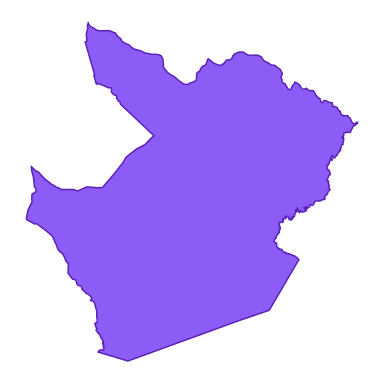 Chikankanta, Southern, Zambia (Natural Earth projection)
{"feature_id": "96606910B6098711564137", "entity_name": "Chikankanta", "entity_type": "district", "adm_level": 2, "iso_a3": "ZMB", "parent_name": "Zambia", "parent_adm1": "Southern", "projection": "natural_earth1", "projection_center": [28.303, -16.032], "detail": "fine", "context": "isolated", "style": "filled", "palette": "violet", "viewbox_px": 384, "rotation_deg": 0, "n_neighbors": 0, "source": "geoboundaries", "source_scale": "gbopen_adm2", "svg_char_len": 5900}
<svg xmlns="http://www.w3.org/2000/svg" viewBox="0 0 384 384"><path d="M357.6,122.3L356.9,122.3L354.6,123.6L353.5,123.6L352.5,123.1L350.1,118.2L349.1,117.8L347.9,115.8L346.9,115.6L345.5,115.9L344.0,115.5L343.5,116.0L342.7,115.3L341.6,115.0L341.0,114.1L340.2,111.3L338.3,110.2L337.1,107.4L335.5,107.0L334.7,106.5L332.7,106.4L332.3,102.9L329.0,102.3L325.4,100.4L323.9,100.8L322.5,102.5L322.1,102.7L321.5,102.3L320.6,101.1L320.0,98.7L318.2,97.8L316.1,95.4L314.5,92.7L314.1,91.6L313.3,90.6L309.2,90.6L306.3,88.3L305.4,89.1L304.6,88.9L302.6,89.3L300.8,87.2L300.2,85.6L297.1,83.0L295.1,82.1L291.9,86.8L291.2,89.1L289.8,89.7L288.5,89.1L287.8,88.6L285.1,83.8L283.3,83.2L282.0,81.3L281.9,79.0L281.2,78.0L281.0,77.0L282.2,74.4L282.3,73.5L282.1,72.7L281.1,71.5L280.8,70.0L275.0,65.5L274.0,65.2L271.3,65.1L268.3,62.8L265.0,61.5L263.0,59.7L261.6,57.2L260.8,56.5L258.0,55.4L256.1,55.0L250.9,55.4L248.2,55.1L245.5,53.6L243.3,52.1L239.2,52.0L234.4,54.0L233.7,55.2L232.7,56.0L232.6,56.9L231.4,58.9L230.0,59.7L226.3,60.1L224.4,62.9L223.1,64.0L222.0,64.2L221.6,64.9L220.2,65.4L218.8,65.0L218.3,65.2L212.8,62.6L210.9,60.7L208.2,58.9L207.5,59.6L207.6,60.2L205.7,64.8L204.5,65.6L202.8,66.1L200.7,68.6L199.5,71.6L198.2,71.8L197.2,72.7L196.6,74.2L196.5,78.4L196.2,80.1L194.1,81.8L189.7,83.1L188.0,84.5L183.8,84.1L179.1,80.8L173.9,76.4L171.4,75.2L167.9,72.7L166.1,70.7L163.6,67.1L162.9,59.1L161.3,56.0L160.6,55.4L158.3,54.6L153.9,54.2L152.4,54.4L144.8,52.9L140.7,50.8L134.5,49.2L131.3,47.2L128.8,44.7L126.1,43.8L122.7,41.8L121.8,40.9L120.6,38.7L117.3,35.9L115.3,32.9L112.9,32.2L110.6,31.0L108.8,30.6L100.2,30.9L96.7,30.2L92.9,27.6L91.0,26.9L89.8,25.9L88.2,23.0L87.3,26.4L87.9,27.9L86.3,33.9L86.9,41.4L85.2,42.0L94.7,75.1L93.9,75.5L96.1,83.4L96.9,84.1L97.0,83.2L103.2,85.4L108.2,87.8L110.4,87.6L110.8,87.8L111.4,88.9L111.5,92.3L113.8,94.7L114.7,95.1L116.1,95.2L116.6,95.6L116.5,98.0L118.5,101.2L119.9,101.6L120.5,104.2L153.9,135.7L150.3,138.9L145.0,144.6L136.3,149.1L125.8,157.5L123.2,162.3L113.6,174.5L102.7,187.2L101.5,187.7L96.9,187.7L87.9,186.9L86.3,187.1L78.2,190.7L76.0,190.5L73.7,189.5L61.5,189.5L58.3,187.8L56.2,187.1L53.7,185.4L51.0,183.9L49.7,182.6L45.2,179.4L38.6,172.2L35.6,170.7L31.4,166.6L31.3,167.6L32.1,172.4L33.5,177.4L34.4,186.6L36.5,190.2L34.6,192.9L32.7,193.5L32.0,194.2L31.7,199.4L32.1,201.5L32.0,202.0L28.1,209.8L26.4,217.8L26.8,219.7L34.6,224.0L36.8,223.8L45.7,230.4L52.5,236.3L55.4,243.1L56.6,245.2L57.7,248.9L60.2,252.1L62.2,253.2L64.5,257.1L65.8,261.0L67.2,262.2L68.4,264.8L68.0,273.1L72.6,279.2L75.8,279.9L77.1,284.5L79.1,285.8L80.6,285.8L81.6,287.0L82.1,289.5L84.7,291.6L86.1,293.4L88.5,294.5L90.7,296.3L91.7,298.2L90.5,300.5L90.9,300.6L91.4,300.4L91.6,300.8L92.3,300.8L93.6,301.5L94.9,304.0L95.4,306.5L96.8,311.1L96.8,318.0L97.3,319.3L97.3,321.8L96.2,322.3L95.5,323.6L94.9,323.6L95.4,324.9L95.6,326.4L96.8,328.4L96.5,328.9L96.1,330.5L96.9,331.0L97.6,332.7L98.5,333.2L99.0,334.1L99.6,334.2L100.8,337.5L101.4,337.9L101.5,338.6L102.5,339.4L102.3,340.1L102.8,340.3L103.5,342.1L103.2,342.5L102.8,342.3L102.6,343.3L103.1,343.6L103.1,344.5L103.6,344.5L103.2,346.5L104.0,347.4L103.7,348.0L104.2,348.8L103.4,349.3L103.1,349.9L101.8,349.8L99.6,350.2L99.1,351.3L98.5,351.2L98.1,352.1L127.9,361.0L238.7,320.7L269.2,310.3L298.9,259.6L297.5,258.1L294.9,256.1L290.1,254.3L289.2,253.6L287.9,254.0L287.6,253.6L286.8,253.5L286.5,253.0L285.7,252.9L285.5,252.5L285.3,252.7L284.6,252.2L284.0,252.4L282.3,250.7L281.9,249.5L281.4,249.7L280.3,249.0L279.7,249.1L279.4,248.7L278.7,248.7L278.6,248.4L278.1,248.5L277.8,247.4L276.9,247.0L276.5,244.9L276.8,243.4L276.0,242.9L275.5,243.0L275.2,242.4L274.1,241.6L274.1,241.2L274.5,240.0L275.1,239.2L275.1,238.7L275.8,237.9L276.3,237.8L276.3,236.5L277.2,234.6L278.2,234.1L278.3,233.2L279.1,232.7L278.8,232.2L279.4,231.9L279.2,231.1L280.0,229.5L279.6,228.8L280.3,228.5L280.0,228.0L280.2,227.4L279.1,224.7L279.4,224.3L279.7,223.1L278.6,222.5L279.9,222.6L282.1,221.7L282.5,222.2L282.9,221.5L283.4,221.6L283.4,220.3L282.6,219.2L283.8,218.9L284.4,218.4L285.1,218.7L285.3,218.1L285.8,218.2L286.2,217.4L285.3,217.0L285.6,216.2L286.2,216.1L286.8,216.8L287.8,216.9L289.8,218.0L289.6,218.8L288.9,218.9L289.1,219.5L289.6,219.4L290.5,219.9L291.2,219.2L291.8,219.7L292.8,218.0L293.7,217.1L293.4,216.9L292.5,217.2L292.2,216.9L293.5,216.2L294.4,216.2L294.8,214.3L295.6,212.9L295.6,212.3L297.1,211.2L295.6,210.7L295.4,210.1L296.8,209.7L297.4,208.3L298.7,211.8L299.4,212.5L299.9,211.4L300.5,210.8L301.3,212.1L304.4,211.7L304.8,211.0L306.1,210.8L305.0,209.5L305.5,209.0L305.2,208.5L304.5,208.3L304.1,207.8L305.2,207.8L305.8,206.6L306.4,206.6L306.1,208.1L306.8,209.0L307.7,208.3L307.7,207.7L308.7,207.4L309.4,206.8L310.2,204.8L311.4,205.3L313.3,205.0L314.6,202.0L315.2,201.4L316.9,200.6L319.2,201.1L320.2,200.9L321.8,199.9L324.6,199.4L325.0,199.0L325.0,198.3L324.5,197.8L324.7,196.3L327.0,194.6L328.3,191.4L329.9,190.0L330.0,189.3L328.6,187.1L329.2,186.2L328.7,185.4L329.1,185.2L328.9,184.5L328.3,183.2L328.2,182.8L328.7,182.5L328.2,180.8L327.2,180.8L326.6,179.8L327.4,179.0L327.5,178.3L328.1,177.6L328.5,176.7L328.4,176.1L329.1,175.2L329.9,175.0L330.2,174.5L330.1,173.4L329.3,170.5L327.7,169.5L327.1,167.4L327.0,165.3L328.2,165.1L327.9,164.5L328.1,163.9L328.9,163.8L329.2,163.3L329.8,161.1L330.6,159.9L330.6,159.1L331.7,159.3L331.9,160.1L332.1,160.1L332.1,158.8L331.2,158.3L331.1,157.6L331.8,156.7L331.5,156.0L332.5,155.8L333.2,156.3L333.4,157.7L334.7,157.9L335.6,156.4L337.4,154.9L337.6,153.7L339.2,151.8L339.3,150.8L340.5,150.6L340.6,150.0L340.1,149.0L341.1,147.9L340.9,147.2L341.3,146.5L341.3,145.6L341.9,144.7L342.7,144.7L343.1,144.4L342.8,142.4L343.2,142.1L343.7,139.8L343.6,137.9L343.5,137.5L343.0,137.9L342.0,138.0L342.0,137.5L342.1,136.9L342.9,136.7L343.8,135.2L343.6,133.7L344.6,132.6L346.9,132.6L348.1,131.7L349.3,132.4L350.5,132.2L350.9,130.8L353.1,126.5L353.7,125.8L355.2,125.4L355.8,124.3L356.6,124.0L357.3,123.3L357.6,122.3Z" fill="#8b5cf6" stroke="#5b21b6" stroke-width="1.5"/></svg>